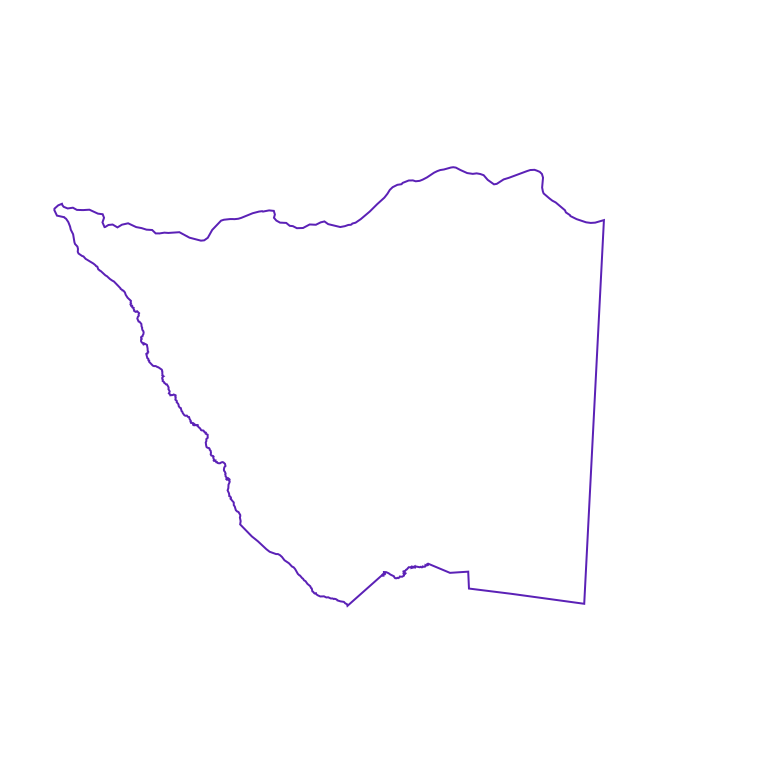 Nkeyema, Western, Zambia, rotated 252°
{"feature_id": "96606910B42234900410364", "entity_name": "Nkeyema", "entity_type": "district", "adm_level": 2, "iso_a3": "ZMB", "parent_name": "Zambia", "parent_adm1": "Western", "projection": "natural_earth1", "projection_center": [25.215, -14.864], "detail": "fine", "context": "isolated", "style": "outline", "palette": "violet", "viewbox_px": 768, "rotation_deg": 252, "n_neighbors": 0, "source": "geoboundaries", "source_scale": "gbopen_adm2", "svg_char_len": 6166}
<svg xmlns="http://www.w3.org/2000/svg" viewBox="0 0 768 768"><g transform="rotate(252 384 384)"><path d="M145.0,440.5L113.1,506.5L471.9,643.8L472.2,634.7L473.3,630.4L475.3,626.2L481.3,618.1L486.1,613.2L487.2,613.0L491.0,610.0L493.3,609.8L503.6,603.4L506.4,600.7L509.5,598.6L515.9,594.7L518.1,594.6L522.0,595.1L531.1,599.0L534.9,599.1L537.6,597.7L539.7,595.3L541.2,593.3L542.3,589.2L542.3,585.8L541.5,566.4L541.6,561.0L539.5,553.1L539.9,550.3L546.1,545.7L551.8,543.3L554.0,540.4L555.7,537.2L556.4,533.4L558.9,528.3L564.0,522.7L567.6,519.2L568.8,516.8L569.2,514.5L569.5,507.3L570.1,503.6L570.0,500.5L569.5,496.9L567.2,488.7L566.4,483.9L566.2,480.7L567.0,476.8L568.7,474.4L569.9,470.4L569.5,463.9L568.6,462.4L569.3,458.3L568.5,453.0L566.8,449.5L563.9,446.1L561.1,441.9L557.1,433.0L552.4,423.7L548.0,412.9L546.2,406.8L546.4,403.5L545.8,402.4L545.7,401.6L546.3,399.2L546.2,395.6L546.8,390.9L553.3,380.3L557.0,377.6L557.3,373.7L556.5,368.4L558.7,362.6L557.4,355.2L559.1,349.3L562.3,346.1L563.6,343.2L567.4,340.8L569.6,335.0L572.7,332.1L576.1,330.7L578.9,332.6L582.7,332.7L584.6,328.4L585.4,322.1L586.0,321.6L586.6,318.5L587.0,311.9L586.1,299.4L586.2,296.4L586.9,293.1L588.4,288.7L589.7,282.5L589.7,279.5L583.6,268.2L577.5,261.6L576.2,257.4L576.9,254.2L583.3,244.2L591.6,236.3L594.3,225.6L595.8,221.9L596.6,216.9L597.8,213.4L602.1,211.1L604.2,205.8L607.2,201.6L609.8,196.8L615.9,190.3L616.5,184.0L615.3,178.9L619.5,175.2L620.4,171.1L619.5,167.4L619.6,166.7L624.7,166.2L628.6,169.1L632.4,168.9L634.4,164.6L640.8,157.7L642.4,151.5L644.5,145.7L647.8,142.6L648.7,137.4L651.5,134.1L653.4,133.4L654.9,133.4L654.6,129.4L652.6,124.8L651.2,124.2L645.2,125.0L641.4,131.5L640.8,131.6L639.4,132.7L635.6,133.8L630.8,134.1L627.6,133.8L622.5,134.6L614.5,133.4L612.7,133.4L609.4,134.9L607.0,134.7L604.4,133.6L602.5,133.8L599.1,136.4L598.2,137.6L595.2,138.9L588.4,144.8L586.1,146.3L585.1,146.6L584.2,147.6L581.3,147.7L580.5,148.4L579.8,148.6L579.3,149.3L573.3,152.7L572.3,153.7L568.7,155.7L566.2,157.6L565.0,158.8L556.6,162.9L555.9,162.9L554.2,164.2L553.8,164.2L553.6,164.7L552.9,165.2L551.1,165.9L548.7,165.9L545.3,166.8L541.2,169.0L539.8,168.2L538.9,168.4L538.2,167.5L536.5,167.7L536.5,168.5L536.1,168.7L534.7,168.3L533.8,169.4L533.2,169.0L531.4,169.3L530.9,168.9L529.4,170.0L529.2,170.9L529.5,171.2L529.5,171.7L527.0,173.0L526.0,172.1L524.7,171.9L524.0,170.7L522.4,169.6L519.2,169.9L518.8,170.7L516.1,171.8L513.6,171.2L512.3,171.4L511.3,171.0L509.6,171.0L508.9,171.4L507.5,171.4L505.8,170.6L504.6,169.3L503.9,169.0L503.9,167.9L503.5,167.4L502.6,167.2L501.7,167.5L501.1,166.6L499.7,166.2L498.2,166.5L497.0,168.1L496.4,167.4L496.0,167.4L495.8,167.6L496.1,168.6L495.8,169.4L494.5,170.6L490.6,170.1L489.1,169.6L487.4,169.7L487.2,169.0L486.4,168.8L486.1,168.5L486.3,167.7L486.1,167.2L481.8,166.9L480.9,167.6L479.3,167.3L478.8,167.9L477.7,167.5L472.9,169.8L472.0,170.9L471.9,171.8L471.0,173.1L470.1,173.7L469.7,174.5L466.3,177.1L464.6,177.1L464.3,176.8L463.5,176.8L462.2,176.3L461.1,176.2L460.6,175.8L459.6,176.6L459.5,176.0L458.6,175.5L458.3,174.9L457.3,174.7L456.7,175.0L455.2,174.4L454.2,175.2L453.1,175.5L452.9,175.4L451.8,176.3L451.2,176.4L450.8,176.8L450.7,177.4L448.2,178.0L446.9,178.0L445.7,177.4L443.3,177.9L442.3,177.3L441.6,176.5L440.4,177.2L439.3,177.3L439.3,178.2L439.0,178.5L438.8,179.8L439.0,180.7L437.7,182.3L437.0,182.2L436.3,181.5L435.3,181.7L433.8,180.8L433.3,180.8L432.3,181.6L431.7,181.7L430.8,181.2L428.8,182.1L427.4,182.2L426.6,181.9L424.7,182.4L423.9,183.3L420.8,183.1L420.1,183.6L418.7,183.6L416.2,184.4L415.2,185.2L414.9,186.7L413.4,187.3L412.8,188.4L411.0,188.3L408.7,188.8L408.3,188.4L407.6,188.7L407.4,188.4L406.7,188.4L405.7,190.5L404.9,191.0L405.2,190.0L404.0,189.9L403.4,190.6L402.8,193.6L402.5,194.1L401.7,193.7L401.4,194.1L400.3,194.3L398.6,195.4L396.7,195.8L396.3,196.2L395.5,197.9L393.8,198.4L392.9,199.4L392.6,199.0L391.9,199.0L390.3,200.6L387.3,199.7L386.5,198.0L384.6,197.4L383.5,196.4L380.1,195.8L378.7,195.8L377.8,196.6L377.1,197.8L376.6,198.0L376.1,198.1L375.4,197.9L374.1,198.5L372.1,198.2L370.5,197.4L369.3,197.7L368.4,199.1L367.6,199.5L366.7,198.8L364.4,199.0L364.0,198.4L363.6,198.4L363.2,199.1L363.3,200.1L362.7,200.0L361.5,200.3L361.4,201.0L360.5,201.2L359.9,201.9L359.3,203.4L359.7,205.1L359.6,206.3L359.0,207.1L357.2,208.1L355.0,207.9L354.6,207.0L353.7,206.1L351.8,205.2L350.9,205.1L349.9,205.5L347.9,205.7L347.3,205.1L346.5,205.2L345.2,204.8L343.3,205.5L342.3,204.6L341.4,205.1L341.4,205.5L342.4,206.2L342.6,206.6L341.3,207.5L340.6,207.6L339.8,206.8L339.0,207.1L338.2,206.7L336.3,205.0L333.1,203.8L331.2,202.4L327.7,202.8L325.1,202.2L324.5,203.0L323.2,203.3L322.8,203.2L322.4,202.6L322.0,202.6L321.2,203.2L320.5,203.3L317.8,204.5L315.2,203.7L313.6,204.2L309.8,204.1L308.1,205.0L307.3,206.0L303.9,206.8L302.8,206.5L301.6,205.7L297.9,205.3L294.9,203.8L279.9,211.2L273.5,215.4L263.2,221.1L259.8,223.4L255.6,228.8L255.0,230.6L253.5,232.1L251.1,233.5L247.1,234.9L242.9,238.2L238.8,240.1L237.6,241.4L235.4,242.3L230.0,243.4L228.2,244.4L227.8,244.9L224.6,246.2L223.9,246.8L222.0,247.3L220.8,248.4L217.6,249.4L214.4,251.4L212.7,251.5L211.9,252.1L208.9,251.8L208.1,252.5L206.6,253.0L206.2,253.3L206.1,254.6L205.0,254.6L203.4,255.8L201.6,257.8L200.6,261.3L198.8,263.2L198.4,265.0L196.5,267.1L195.9,268.9L195.0,269.8L195.0,270.6L194.3,271.7L193.1,272.8L192.6,272.8L190.7,275.5L189.3,278.3L188.9,278.7L187.5,279.3L185.9,280.8L184.3,280.7L202.4,322.2L202.0,323.7L203.1,323.4L203.5,324.3L202.6,325.6L203.0,326.3L203.9,326.3L204.9,325.7L205.2,325.8L204.4,327.9L202.6,329.9L200.8,331.2L198.1,334.0L197.0,334.1L195.9,334.6L195.4,335.6L195.5,336.9L195.0,337.4L195.2,338.8L196.0,339.5L195.1,341.7L195.6,343.8L196.2,344.1L197.2,344.0L196.9,345.4L197.3,346.0L199.4,344.4L199.8,344.6L199.7,346.4L200.5,347.6L200.6,348.4L202.1,350.9L201.5,352.5L201.8,353.9L201.3,354.0L200.5,353.5L200.4,355.1L201.2,354.9L200.9,355.7L201.1,356.8L200.5,356.6L200.4,356.2L199.9,356.6L199.8,356.9L200.5,357.3L200.4,358.3L198.7,361.3L198.8,362.3L198.1,363.0L197.9,363.7L198.0,364.1L198.5,364.4L197.8,365.5L197.7,366.7L198.9,367.4L198.3,367.9L198.2,369.5L199.3,369.4L199.5,370.4L184.0,388.4L179.5,406.1L163.2,401.6L145.0,440.5Z" fill="none" stroke="#5b21b6" stroke-width="2"/></g></svg>